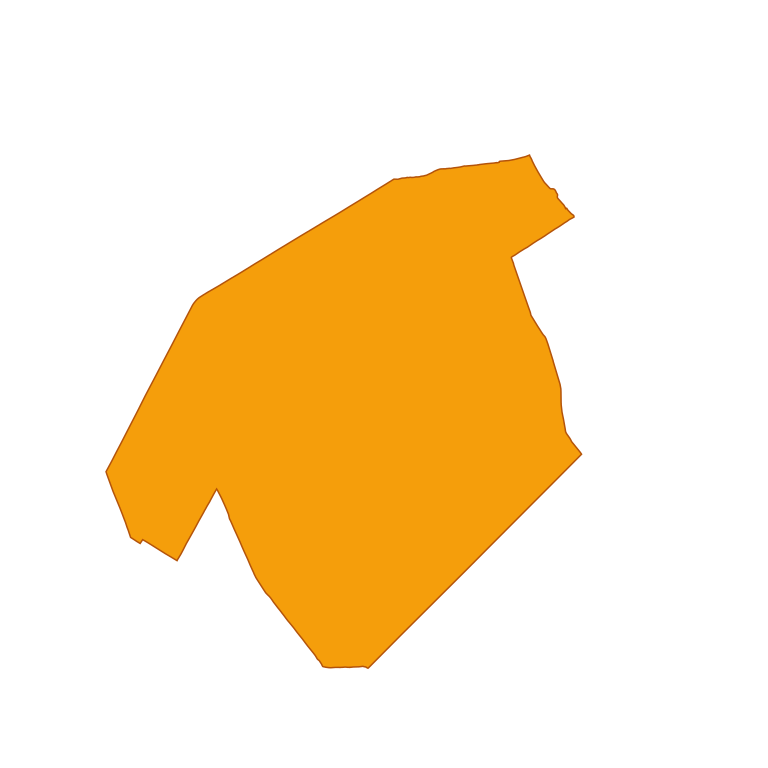 the district of Don Mueang, Bangkok Metropolis, Thailand, rotated 215°
{"feature_id": "78962969B41051617960371", "entity_name": "Don Mueang", "entity_type": "district", "adm_level": 2, "iso_a3": "THA", "parent_name": "Thailand", "parent_adm1": "Bangkok Metropolis", "projection": "equal_earth", "projection_center": [100.591, 13.921], "detail": "fine", "context": "isolated", "style": "filled", "palette": "amber", "viewbox_px": 768, "rotation_deg": 215, "n_neighbors": 0, "source": "geoboundaries", "source_scale": "gbopen_adm2", "svg_char_len": 5619}
<svg xmlns="http://www.w3.org/2000/svg" viewBox="0 0 768 768"><g transform="rotate(215 384 384)"><path d="M493.4,557.5L497.3,548.3L501.0,539.8L503.8,533.1L507.3,525.1L510.8,517.0L514.4,508.8L518.3,499.7L521.2,493.2L526.5,481.5L531.4,470.4L537.1,457.7L547.7,433.6L555.5,415.5L558.5,408.8L562.5,399.4L566.9,389.3L569.6,383.4L576.3,368.2L580.8,358.6L583.1,353.3L583.9,351.3L584.5,349.9L585.1,348.3L585.6,346.2L585.9,344.1L586.0,342.7L586.1,341.2L586.1,340.2L586.0,338.4L585.4,333.9L582.5,311.6L580.0,293.0L578.1,278.1L577.6,274.3L575.9,261.5L573.9,245.9L572.8,237.3L570.4,221.0L568.4,206.2L566.7,193.8L565.6,185.8L564.2,174.8L562.8,164.7L561.4,152.7L559.0,150.9L544.3,140.6L529.1,130.9L525.2,128.3L523.4,127.1L520.5,125.1L519.4,124.4L518.6,123.8L517.2,122.9L516.8,122.6L516.3,122.3L515.8,121.9L512.2,119.2L509.8,117.6L503.6,113.0L498.1,113.2L496.6,113.2L492.3,113.5L492.4,118.1L486.1,118.6L465.9,119.6L452.2,120.6L452.4,122.0L452.8,128.2L453.4,133.0L454.4,139.9L454.9,145.2L455.2,148.2L456.1,156.9L456.5,160.5L456.6,161.1L456.7,162.0L457.2,166.1L457.5,169.3L458.2,176.1L458.4,177.2L458.5,178.9L458.9,182.4L459.3,187.9L459.5,189.1L459.8,191.6L460.4,196.8L460.9,202.0L459.4,201.4L458.3,200.8L453.9,198.5L451.3,197.1L445.9,193.9L441.0,190.9L436.7,188.1L433.5,185.2L433.3,185.0L431.0,183.8L427.2,181.5L423.8,179.4L417.7,175.8L412.8,172.9L412.1,172.5L407.3,169.5L403.2,167.0L395.0,162.2L389.6,158.8L386.9,157.2L384.2,155.6L383.1,155.0L381.1,153.7L379.6,152.9L378.0,152.0L376.4,151.3L363.9,146.2L361.1,145.1L358.6,144.6L356.0,144.2L353.8,143.6L352.5,143.1L352.1,143.0L349.3,141.9L342.3,139.7L339.1,138.8L336.9,138.1L336.4,137.9L332.8,136.8L329.6,135.7L329.2,135.6L328.3,135.3L326.3,134.7L325.4,134.5L322.9,133.8L318.2,132.5L314.3,131.2L312.7,130.7L311.4,130.3L308.7,129.5L304.5,128.3L300.3,126.9L295.9,125.5L291.7,124.3L287.5,123.1L286.9,122.9L284.7,122.2L282.4,121.2L281.6,120.8L280.9,120.5L280.4,120.4L280.0,120.4L279.7,120.3L279.2,120.3L278.9,120.3L278.6,120.3L278.2,120.2L277.7,120.0L276.5,119.5L274.7,118.8L274.2,118.5L273.5,118.1L272.7,117.7L272.3,117.5L271.8,117.5L271.6,117.6L269.0,118.7L266.7,119.9L265.2,120.8L263.8,121.9L263.2,122.4L261.5,123.8L260.5,124.5L259.8,125.0L259.0,125.6L257.4,126.6L256.6,127.3L255.9,127.8L254.9,128.6L254.0,129.4L253.9,129.5L253.7,129.6L253.5,129.8L253.4,129.9L253.2,130.0L252.9,130.2L252.7,130.3L252.4,130.5L251.9,130.7L251.1,131.2L250.2,131.8L250.0,132.0L249.9,132.0L249.7,132.1L249.5,132.3L249.4,132.3L249.3,132.5L249.2,132.5L248.4,133.2L247.5,134.0L246.8,134.6L246.4,134.9L242.4,137.9L240.9,139.2L239.5,140.5L239.2,140.7L238.9,140.8L238.7,140.8L238.3,141.0L237.9,141.1L236.9,141.7L236.7,141.7L236.4,141.8L235.9,141.7L234.1,142.0L233.9,142.8L233.5,145.0L233.4,145.4L233.3,146.1L226.2,187.4L210.8,273.9L209.9,279.0L204.6,309.6L193.4,373.7L188.8,399.9L181.9,439.8L184.0,440.6L197.0,444.3L197.5,444.5L198.2,444.9L199.1,445.4L200.6,446.1L203.1,447.0L205.4,447.8L206.5,448.3L207.5,448.8L207.7,449.0L208.4,449.6L209.5,450.8L212.2,453.5L216.9,458.2L219.8,460.9L221.0,462.1L221.9,462.9L227.1,468.8L227.8,469.8L228.3,470.4L234.4,478.9L236.3,481.4L239.4,484.5L240.1,485.1L258.2,499.4L258.8,500.0L272.6,510.7L275.4,512.7L276.7,513.6L277.4,514.1L278.0,514.4L279.1,515.0L279.5,515.1L279.8,515.2L281.6,515.6L282.0,515.7L282.5,515.9L285.4,517.0L286.0,517.3L291.4,519.5L302.2,524.2L302.9,524.5L303.2,524.7L304.7,526.1L305.0,526.4L305.8,527.0L307.5,528.2L309.9,529.9L320.2,537.3L332.9,546.5L345.9,555.9L347.3,557.2L348.7,558.1L349.8,558.9L351.9,560.3L352.3,560.8L352.0,562.0L350.7,564.7L348.7,570.1L346.6,575.0L345.0,578.3L342.7,584.6L340.7,589.5L339.1,593.0L337.2,597.6L336.8,598.7L336.2,600.4L334.5,604.7L332.8,609.1L331.9,611.0L330.5,614.3L328.5,619.7L327.4,622.2L326.4,625.2L325.9,626.1L324.8,628.2L324.1,629.8L324.9,630.6L325.3,630.8L325.7,630.9L326.7,630.9L328.2,630.9L329.7,631.2L332.2,631.7L333.1,631.9L333.7,632.1L334.4,632.4L334.7,632.5L334.9,632.7L335.1,632.7L335.3,632.7L335.7,631.8L336.2,632.0L336.7,632.5L339.1,633.6L340.0,633.9L341.2,634.1L344.0,634.8L347.9,635.7L348.4,635.9L348.6,636.0L349.0,636.3L349.7,637.2L350.1,638.2L350.2,638.4L350.7,638.8L351.0,639.0L352.4,639.5L353.2,640.0L354.4,640.7L355.1,641.0L356.1,641.2L356.7,641.1L356.9,641.1L357.7,640.7L359.0,639.8L359.3,639.6L359.7,639.5L360.3,639.4L360.7,639.5L361.8,639.7L364.0,640.2L365.7,640.6L366.3,640.7L367.3,640.9L369.3,641.5L374.5,643.8L379.6,646.1L385.9,649.2L390.5,651.7L391.2,652.2L391.8,652.6L393.5,653.5L394.9,654.1L396.1,655.0L398.3,651.7L399.5,650.2L400.0,649.7L402.3,647.0L405.8,642.9L409.3,639.3L410.0,638.6L416.3,633.4L417.0,632.7L417.1,632.4L417.1,632.2L416.8,631.7L417.4,631.0L417.9,630.4L418.4,629.9L418.5,629.9L418.8,629.9L420.3,628.4L420.6,628.1L421.6,627.3L421.9,627.0L422.3,626.7L426.1,623.5L431.7,618.5L432.0,618.1L432.3,617.8L432.6,617.5L432.8,617.4L433.2,617.0L433.4,616.7L433.5,616.6L435.1,615.3L435.4,615.0L437.4,613.3L437.8,613.0L441.5,609.9L441.9,609.5L443.2,608.7L446.0,605.5L448.0,603.6L450.8,601.1L453.1,598.8L454.0,598.3L455.4,597.1L456.6,596.1L456.7,595.9L457.4,595.2L457.7,595.1L460.0,593.4L461.1,592.5L461.6,592.0L461.9,591.5L462.2,591.1L462.4,591.0L463.3,589.6L464.3,588.0L465.0,586.8L465.3,586.1L465.5,585.5L465.8,584.9L466.5,583.6L467.1,582.6L469.1,579.1L469.4,578.9L470.1,578.1L470.4,577.8L470.8,577.2L472.9,575.3L473.8,574.1L474.2,573.8L475.2,572.9L475.6,572.7L476.1,572.3L476.6,572.0L477.7,570.8L477.9,570.6L478.1,570.4L478.8,569.8L480.1,568.9L480.8,568.6L481.7,567.8L482.3,567.2L482.6,566.9L483.2,566.7L483.6,566.5L484.0,565.8L484.7,565.1L485.9,564.1L487.2,563.1L487.5,562.8L489.6,560.2L489.8,559.9L490.0,559.7L493.4,557.5Z" fill="#f59e0b" stroke="#b45309" stroke-width="1.5"/></g></svg>